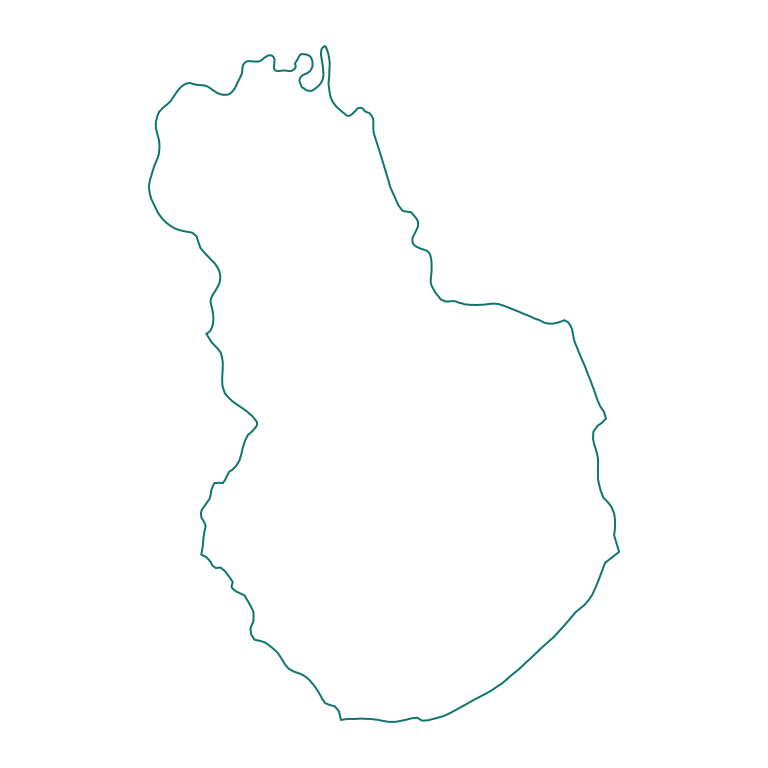 Bacho, Narathiwat, Thailand (Equal Earth projection)
{"feature_id": "78962969B22586560209583", "entity_name": "Bacho", "entity_type": "district", "adm_level": 2, "iso_a3": "THA", "parent_name": "Thailand", "parent_adm1": "Narathiwat", "projection": "equal_earth", "projection_center": [101.634, 6.553], "detail": "fine", "context": "isolated", "style": "outline", "palette": "teal", "viewbox_px": 768, "rotation_deg": 0, "n_neighbors": 0, "source": "geoboundaries", "source_scale": "gbopen_adm2", "svg_char_len": 5945}
<svg xmlns="http://www.w3.org/2000/svg" viewBox="0 0 768 768"><path d="M564.4,320.2L561.8,321.3L556.7,322.9L552.7,323.7L550.2,323.7L546.9,323.3L544.3,322.7L539.4,320.1L534.8,318.6L530.9,316.7L524.8,314.3L520.7,312.5L508.7,307.6L502.2,305.2L498.7,304.1L495.2,303.7L492.1,303.7L488.0,304.1L484.8,304.6L475.5,305.0L470.1,304.8L464.4,304.3L461.8,303.2L459.8,303.1L456.3,301.5L454.0,301.1L447.4,301.5L445.7,301.5L444.0,300.9L440.6,299.3L438.5,296.4L436.1,293.7L433.4,289.1L432.4,287.2L431.6,285.6L431.3,284.6L430.8,283.2L430.8,282.4L430.7,280.4L430.9,277.7L431.4,273.2L431.6,268.7L431.6,266.3L431.5,262.0L431.2,259.1L430.9,257.6L430.5,256.1L430.1,254.9L429.7,253.9L429.2,253.1L428.4,252.0L427.3,251.1L426.6,250.7L425.7,250.3L421.1,248.8L417.4,247.2L416.4,246.7L414.3,245.2L413.9,244.8L413.2,243.8L412.5,242.1L412.4,240.8L412.4,239.7L412.7,237.6L413.0,236.8L415.4,232.2L416.8,229.2L417.8,227.0L417.9,226.6L418.0,226.0L418.1,225.1L418.0,222.9L417.9,221.8L417.5,220.5L416.9,219.4L415.2,217.0L411.3,212.3L403.9,211.2L402.3,210.4L398.5,205.5L397.4,203.1L394.9,197.4L392.8,192.9L390.4,187.3L381.4,157.1L374.2,134.6L373.5,131.2L373.3,127.5L373.4,122.5L373.0,118.3L371.2,115.1L369.2,113.0L366.9,112.2L364.9,111.3L363.0,108.9L361.8,108.2L360.8,107.8L359.7,107.8L358.2,108.1L357.2,108.7L356.3,110.0L352.1,114.1L350.4,115.3L348.4,115.9L346.8,115.6L345.1,114.1L342.4,112.0L340.0,110.0L336.4,106.7L334.8,104.7L332.5,101.4L330.5,96.8L329.5,91.5L328.5,83.7L329.3,75.1L329.3,70.5L329.7,65.8L329.6,61.5L329.2,58.4L328.2,53.4L326.7,48.9L325.8,47.0L325.1,46.1L324.9,46.1L324.6,46.2L322.7,47.7L322.0,48.3L321.6,49.1L321.4,49.7L321.2,50.9L321.0,54.1L321.0,55.0L322.9,66.7L323.2,71.1L323.4,74.0L323.4,75.3L323.2,76.8L322.9,78.6L322.0,80.9L321.6,81.9L321.1,82.7L319.6,84.7L316.8,87.4L312.7,90.3L312.2,90.6L311.8,90.8L310.3,90.9L307.1,90.5L306.8,90.4L306.2,90.1L303.6,88.1L302.3,87.6L301.7,86.9L301.1,85.5L300.0,82.8L299.5,81.2L299.5,80.8L299.6,79.7L299.8,78.9L300.2,77.9L300.9,76.8L302.0,75.7L303.2,74.9L304.6,74.2L306.0,73.7L307.0,73.3L309.4,71.6L310.2,70.9L310.8,70.0L311.6,68.6L311.9,67.8L312.4,66.5L312.5,65.6L312.5,62.9L312.3,61.1L312.0,59.9L311.4,58.5L310.9,57.5L310.4,56.7L309.6,56.0L308.7,55.5L306.8,54.7L305.9,54.5L304.8,54.3L303.8,54.2L301.9,54.1L300.9,54.3L300.3,54.7L299.7,55.5L299.3,56.0L297.2,60.0L295.5,62.6L294.9,63.8L294.9,64.0L295.6,65.4L295.7,66.1L295.6,67.0L295.2,68.0L294.8,68.5L293.9,69.4L293.3,69.9L291.7,70.8L290.8,71.0L289.6,71.1L289.0,71.1L285.3,70.5L283.3,70.5L278.4,71.0L277.7,71.1L276.7,70.9L276.1,70.7L275.4,70.3L274.9,69.9L274.6,69.5L274.3,69.1L274.2,68.6L274.0,67.7L274.0,66.2L274.4,62.0L274.5,59.7L274.3,58.8L273.7,57.5L273.0,56.5L272.2,55.8L271.7,55.6L270.7,55.3L269.2,55.3L267.6,55.7L266.5,56.4L265.0,57.3L261.2,60.4L259.7,61.1L258.8,61.4L258.0,61.6L256.9,61.6L252.3,61.4L248.4,61.1L247.6,61.2L246.7,61.5L245.9,61.9L244.9,62.7L244.3,63.3L243.5,64.3L243.1,65.0L242.8,66.0L242.6,67.0L242.4,68.4L242.1,71.9L241.7,74.1L241.1,75.5L237.7,82.2L236.1,85.9L234.6,88.8L232.7,91.1L231.4,92.5L229.6,93.9L228.5,94.4L227.0,94.7L224.6,94.9L222.8,94.7L220.7,94.3L219.7,94.0L217.4,93.0L214.4,91.2L210.2,88.2L208.4,87.0L207.1,86.3L206.0,85.9L204.9,85.6L203.8,85.4L198.6,85.0L196.7,84.8L193.3,84.1L190.0,82.9L189.5,82.9L188.8,83.1L187.6,83.2L184.5,84.4L181.5,86.5L178.9,89.3L176.9,91.8L170.6,101.2L166.9,104.6L162.8,107.9L159.1,111.9L157.3,116.2L155.8,122.6L155.9,128.1L157.3,133.9L159.1,140.5L159.5,147.0L158.8,154.3L157.3,158.9L154.4,165.6L150.2,179.2L148.9,185.8L149.5,192.2L151.2,198.8L157.7,212.3L161.3,217.5L165.7,222.3L171.0,226.2L175.7,228.9L182.1,230.8L186.8,231.7L192.1,232.6L196.6,236.4L198.4,242.2L200.5,248.1L204.6,252.9L215.0,263.7L217.6,267.7L219.5,271.6L220.2,275.9L220.2,278.5L219.7,282.1L218.6,284.9L215.6,290.5L213.0,294.3L211.4,297.5L210.9,299.0L210.6,301.8L210.9,303.9L212.0,308.2L212.8,311.9L213.4,317.7L213.2,321.4L212.8,324.8L212.1,326.9L211.0,329.3L210.3,330.8L208.5,332.4L206.4,333.8L211.5,342.2L217.6,348.5L220.7,352.6L221.9,356.7L222.8,362.5L222.7,369.8L222.2,376.8L222.2,382.3L222.7,386.9L224.8,393.1L228.8,397.9L232.6,401.5L241.9,407.9L246.6,411.2L252.4,416.2L255.7,420.4L256.8,422.0L257.1,424.1L256.8,425.6L255.9,427.0L252.4,431.1L247.9,435.0L244.8,441.2L243.0,447.0L241.4,453.9L239.5,460.2L236.6,465.4L232.4,469.7L229.0,471.9L224.9,480.2L222.9,483.0L218.5,482.8L214.5,483.1L212.9,485.8L211.4,489.9L210.7,494.4L209.7,498.5L201.7,510.1L200.8,513.5L201.5,517.8L203.7,521.2L205.5,525.2L205.6,526.7L204.1,533.2L203.4,538.4L202.9,545.2L201.3,554.6L206.5,557.2L210.8,562.1L212.5,565.7L216.0,568.1L218.7,567.7L220.4,567.5L224.7,570.9L230.5,578.5L232.8,582.2L231.5,586.1L232.3,588.3L236.0,591.4L244.5,595.4L250.1,605.0L253.5,611.8L253.5,620.8L250.4,628.6L251.3,634.7L254.5,639.7L260.1,640.9L264.9,642.4L269.6,645.7L273.6,649.0L277.6,652.7L281.3,658.2L285.0,664.4L288.8,668.8L294.0,671.6L300.2,673.8L305.3,676.5L309.2,679.7L314.2,685.6L318.6,692.2L321.6,697.7L324.9,703.0L329.5,704.9L334.9,706.4L338.9,711.3L340.9,719.9L347.7,718.9L354.3,719.0L360.7,718.6L371.8,719.1L377.5,719.8L382.6,720.8L389.0,721.9L395.1,721.9L400.1,721.0L405.6,719.9L411.0,718.4L417.1,717.7L422.2,720.7L427.9,720.3L438.0,717.7L442.8,716.3L447.8,714.2L454.2,710.9L460.4,707.4L464.7,705.1L474.3,699.6L486.0,693.6L491.5,690.5L496.7,686.9L502.0,683.4L506.6,679.5L512.9,674.0L519.1,669.1L525.4,663.0L531.2,657.8L536.2,653.0L540.8,648.5L545.8,644.0L554.0,636.8L562.9,627.0L568.0,621.2L575.4,612.4L584.7,604.7L588.3,600.5L591.9,595.4L594.9,589.0L597.6,582.7L605.1,562.8L619.1,551.9L614.1,535.4L615.0,527.8L615.1,520.5L614.3,514.2L611.5,506.9L607.7,502.0L603.3,497.6L600.7,490.7L599.1,484.7L598.0,478.8L597.9,472.0L598.1,464.2L597.9,458.0L596.6,451.8L594.4,445.0L593.0,438.8L593.4,431.7L597.4,426.0L602.0,422.7L605.9,418.6L604.0,411.8L600.0,406.0L597.4,399.9L595.4,394.1L590.4,380.2L588.0,374.5L584.9,366.2L582.1,359.9L579.6,354.1L574.5,341.4L573.3,336.1L572.0,329.1L570.7,326.1L569.3,323.9L567.9,322.1L564.4,320.2Z" fill="none" stroke="#0f766e" stroke-width="2"/></svg>